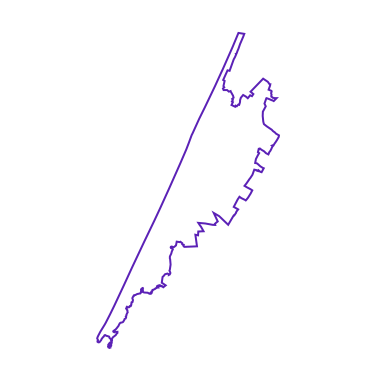 outline of Benito Juárez, Guerrero, Mexico, rotated 95°
{"feature_id": "50627088B69658113715616", "entity_name": "Benito Juárez", "entity_type": "district", "adm_level": 2, "iso_a3": "MEX", "parent_name": "Mexico", "parent_adm1": "Guerrero", "projection": "orthographic", "projection_center": [-100.362, 17.086], "detail": "fine", "context": "isolated", "style": "outline", "palette": "violet", "viewbox_px": 384, "rotation_deg": 95, "n_neighbors": 0, "source": "geoboundaries", "source_scale": "gbopen_adm2", "svg_char_len": 5848}
<svg xmlns="http://www.w3.org/2000/svg" viewBox="0 0 384 384"><g transform="rotate(95 192 192)"><path d="M287.3,210.1L285.0,214.2L279.2,213.9L278.1,212.9L276.3,211.7L275.4,209.4L276.0,207.8L276.6,207.8L276.1,207.0L275.4,206.7L274.8,206.5L274.1,206.6L272.3,207.6L271.3,207.3L266.2,207.0L261.0,207.9L260.0,208.3L258.1,208.4L255.2,207.3L252.9,206.9L250.8,206.1L250.2,206.5L249.6,208.1L248.9,208.4L248.4,208.2L248.2,207.8L248.1,207.3L248.6,205.9L248.6,205.5L248.0,204.7L246.6,203.3L242.8,202.9L243.0,199.7L242.6,199.2L243.8,197.3L244.5,197.3L244.9,197.2L245.1,196.6L245.3,195.6L245.7,195.6L246.3,195.9L247.0,195.4L247.3,194.6L245.7,182.3L234.3,184.9L234.6,182.2L230.8,182.3L230.1,177.1L225.8,180.0L224.5,181.2L222.2,183.0L222.2,176.1L222.9,168.5L222.8,166.0L221.7,166.4L220.2,165.0L219.1,163.8L211.0,168.5L213.7,162.8L221.5,153.1L212.5,148.8L211.6,148.3L211.7,147.9L208.9,146.3L208.7,146.4L207.6,146.0L205.3,144.5L203.2,149.1L195.3,145.8L193.7,144.9L192.6,144.3L193.8,142.3L195.3,138.4L195.7,137.7L195.2,137.3L192.8,135.7L188.3,133.4L185.1,132.1L184.7,132.8L184.0,134.2L182.4,138.0L181.3,140.2L178.4,138.3L174.1,135.9L173.1,135.2L169.6,133.3L164.3,131.9L164.7,128.9L165.1,129.1L165.4,127.9L164.6,127.6L164.8,127.3L165.9,125.8L166.2,124.4L162.1,122.6L161.7,123.8L160.5,126.1L159.7,127.2L158.9,128.2L157.9,129.6L157.7,130.5L157.6,131.6L153.6,131.2L149.9,129.7L147.4,128.5L146.6,129.8L143.4,129.3L143.6,128.8L143.1,128.3L142.8,128.1L143.9,126.4L145.2,123.7L146.8,121.8L147.9,119.2L146.9,118.8L145.8,118.6L144.3,117.6L142.7,116.9L140.9,116.3L139.2,115.6L138.8,116.3L138.3,115.4L138.5,114.9L138.3,114.8L136.4,113.9L135.5,113.3L132.7,111.8L129.6,110.4L128.0,110.3L126.5,113.5L125.6,114.4L124.2,116.7L123.0,118.0L120.1,123.2L118.2,126.1L118.0,126.3L115.8,127.1L110.1,128.2L105.8,128.4L100.2,126.0L97.6,127.5L92.1,126.1L92.0,125.9L92.9,122.6L93.6,120.7L93.6,120.1L94.3,118.5L91.1,115.9L91.3,118.0L91.1,118.7L91.2,119.4L90.7,120.3L90.2,120.8L90.0,121.3L89.5,121.3L89.1,121.4L88.2,121.2L87.3,121.6L86.6,121.8L86.0,121.7L85.2,121.4L84.3,121.7L83.4,124.6L79.2,123.5L77.9,123.4L78.0,124.0L75.6,126.1L72.9,131.0L87.0,142.4L89.1,139.4L91.3,140.6L90.6,142.5L93.7,144.6L92.2,146.7L90.9,149.5L93.9,151.6L94.3,151.6L94.5,151.7L96.3,152.1L98.0,152.0L98.9,152.1L101.0,152.6L100.8,153.4L102.7,154.9L102.2,156.1L103.3,156.5L101.9,160.2L98.9,159.1L98.4,160.1L96.6,159.3L95.8,160.1L94.4,158.8L92.5,159.5L89.1,161.8L88.7,162.2L88.1,162.4L88.8,164.0L87.4,165.9L87.7,169.4L86.2,170.2L84.9,169.0L83.8,169.9L78.5,169.2L77.7,170.7L67.7,167.2L68.0,165.1L56.2,162.0L54.0,161.0L51.4,160.1L51.0,160.1L50.6,160.3L50.4,159.8L49.5,159.5L47.6,159.0L45.2,158.2L40.4,157.0L32.8,154.5L29.9,153.7L29.5,159.6L43.7,164.1L66.9,172.0L70.7,173.4L84.5,178.3L106.6,186.6L118.4,191.2L133.4,196.5L135.4,197.3L143.5,199.5L150.1,201.4L164.6,206.2L190.8,215.2L210.9,222.3L223.5,226.9L245.5,235.2L272.6,245.2L291.3,251.9L312.3,259.6L321.1,263.0L329.7,266.5L331.7,267.4L339.1,271.1L343.4,272.9L345.1,273.5L346.1,273.7L347.8,272.7L348.7,272.8L349.0,272.9L349.0,273.1L349.4,273.1L349.9,272.3L349.9,271.7L349.8,271.4L349.1,270.6L348.4,270.3L347.7,269.7L346.0,269.1L345.7,268.8L344.6,268.2L343.8,267.4L342.4,266.7L342.2,266.4L342.1,266.1L342.3,265.5L342.7,265.0L342.9,263.6L343.2,262.4L343.2,262.2L343.4,261.9L344.5,261.5L345.9,259.8L346.9,259.7L347.3,259.3L348.3,259.2L348.8,259.6L348.9,260.2L349.5,260.9L351.3,262.0L351.5,261.8L352.0,262.0L352.4,262.0L353.2,262.2L354.1,261.7L354.4,260.9L354.4,260.7L354.5,260.6L354.4,260.4L354.2,260.7L353.1,260.3L352.7,260.0L352.4,260.0L352.2,259.9L352.4,259.5L352.2,259.5L352.3,259.3L352.1,259.1L351.9,259.1L351.6,259.6L351.4,259.4L350.7,259.3L350.1,259.0L349.6,259.1L349.0,258.8L348.0,259.0L346.9,258.7L346.5,258.9L345.9,258.9L344.4,258.6L343.5,258.0L341.4,255.7L340.9,255.3L340.0,255.0L339.2,254.2L338.9,254.0L337.8,254.1L337.9,254.6L338.0,254.8L338.0,255.0L337.9,256.3L338.1,256.7L338.5,257.1L338.4,257.5L338.1,258.1L337.8,258.3L337.6,258.3L337.1,258.0L336.5,257.1L336.2,256.9L335.6,256.1L333.6,254.7L332.7,254.2L332.3,253.8L331.8,253.6L330.5,253.1L329.1,252.5L328.4,251.7L328.2,250.7L327.6,249.5L326.9,249.0L326.3,248.8L325.4,248.3L324.6,248.2L324.3,248.0L323.8,247.1L322.7,246.7L321.8,246.8L321.7,247.0L321.1,246.7L320.6,246.7L320.3,246.5L319.7,246.6L318.9,246.2L318.4,246.1L317.6,245.6L317.4,245.6L316.7,245.9L316.0,245.9L315.2,246.2L315.0,246.6L314.5,246.8L314.1,247.3L313.8,247.5L313.5,247.4L313.2,247.1L312.7,247.0L312.7,246.9L312.3,247.0L312.0,246.8L312.4,246.2L312.3,245.4L312.4,245.1L312.4,244.8L311.9,244.2L311.7,244.1L311.3,244.2L311.1,244.1L311.0,243.7L311.0,243.1L310.5,242.8L310.2,242.9L309.7,242.7L309.5,242.8L308.9,242.6L308.3,242.7L307.2,242.6L307.1,242.4L307.1,242.0L307.0,241.8L306.7,241.6L306.4,241.6L306.3,241.8L305.8,241.5L305.0,241.4L304.4,241.5L303.3,242.1L302.7,242.1L301.8,241.8L301.1,241.2L301.0,241.3L300.5,241.2L300.1,240.9L300.2,240.7L299.9,240.5L299.6,239.9L299.6,239.5L298.4,237.7L297.9,235.9L297.3,234.7L296.9,234.3L296.5,234.1L296.3,233.7L296.1,233.6L296.0,233.9L296.2,234.0L295.5,234.2L295.0,234.0L293.8,234.3L293.3,234.2L292.0,233.0L291.9,232.7L292.1,232.5L292.5,232.7L293.0,232.5L293.3,232.6L294.6,232.3L294.9,232.6L295.4,232.7L295.9,232.1L296.2,231.3L296.3,230.5L296.2,227.3L296.8,226.2L297.1,225.2L297.0,224.3L296.9,224.1L296.6,224.2L296.5,224.4L296.5,224.8L296.4,224.9L295.8,224.4L296.1,223.9L296.0,223.4L295.8,223.4L295.7,223.6L295.4,223.8L295.0,223.7L295.1,223.4L294.8,223.0L293.6,223.0L293.1,222.9L292.9,222.6L292.9,222.1L292.6,221.8L292.0,220.7L291.5,220.3L291.4,220.2L291.5,220.1L291.0,219.6L290.9,219.2L290.5,218.8L290.3,218.2L289.7,218.1L289.6,217.8L289.9,217.1L289.5,217.1L289.2,217.3L289.4,217.8L289.3,218.0L289.5,218.5L289.0,218.7L288.5,218.2L287.7,216.5L287.9,215.7L288.2,216.5L288.5,215.9L288.5,215.5L288.2,215.4L288.5,215.1L288.7,213.4L289.4,212.3L287.3,210.1Z" fill="none" stroke="#5b21b6" stroke-width="2"/></g></svg>